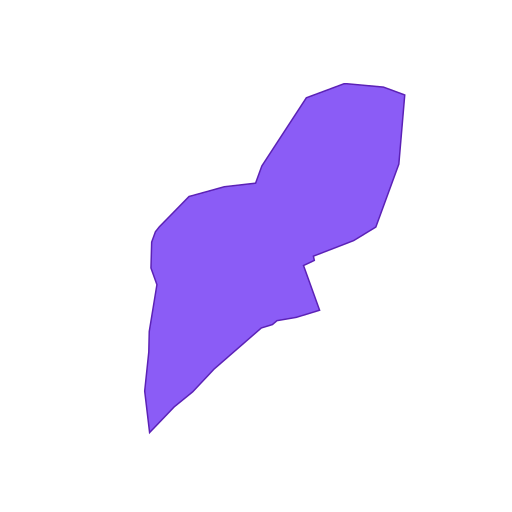 the district of Danew, Chardzhou, Turkmenistan, rotated 110°
{"feature_id": "10190150B82365313393871", "entity_name": "Danew", "entity_type": "district", "adm_level": 2, "iso_a3": "TKM", "parent_name": "Turkmenistan", "parent_adm1": "Chardzhou", "projection": "albers", "projection_center": [63.207, 39.218], "detail": "fine", "context": "isolated", "style": "filled", "palette": "violet", "viewbox_px": 512, "rotation_deg": 110, "n_neighbors": 0, "source": "geoboundaries", "source_scale": "gbopen_adm2", "svg_char_len": 574}
<svg xmlns="http://www.w3.org/2000/svg" viewBox="0 0 512 512"><g transform="rotate(110 256 256)"><path d="M405.2,269.0L376.7,256.8L321.8,226.4L314.8,217.1L309.6,214.2L299.9,197.2L285.2,177.7L248.7,208.1L240.2,199.7L236.5,202.0L208.1,169.5L187.8,153.3L120.8,153.2L53.8,171.3L53.7,194.0L63.1,229.7L64.1,232.3L90.1,262.8L169.4,281.3L187.7,281.3L201.7,309.4L223.0,339.3L261.6,356.8L267.6,358.8L278.6,358.8L303.2,350.6L316.8,339.3L363.4,330.5L382.9,323.9L421.0,314.4L457.3,296.1L458.3,295.6L425.6,281.2L405.2,269.0Z" fill="#8b5cf6" stroke="#5b21b6" stroke-width="1.5"/></g></svg>